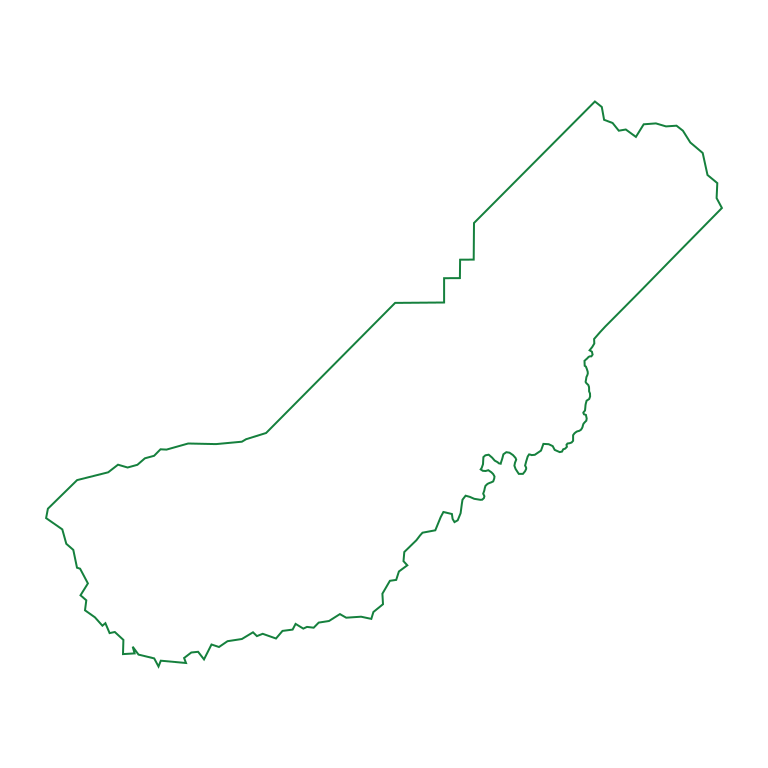 outline of Madera, California, United States of America
{"feature_id": "52423323B41205581888996", "entity_name": "Madera", "entity_type": "district", "adm_level": 2, "iso_a3": "USA", "parent_name": "United States of America", "parent_adm1": "California", "projection": "albers", "projection_center": [-119.643, 37.271], "detail": "fine", "context": "isolated", "style": "outline", "palette": "green", "viewbox_px": 768, "rotation_deg": 0, "n_neighbors": 0, "source": "geoboundaries", "source_scale": "gbopen_adm2", "svg_char_len": 3006}
<svg xmlns="http://www.w3.org/2000/svg" viewBox="0 0 768 768"><path d="M594.9,101.5L474.0,223.0L473.7,259.6L460.1,259.7L459.9,278.1L444.1,278.2L444.1,302.5L395.1,302.9L266.1,433.0L246.1,439.2L241.9,441.7L216.0,444.1L188.2,443.5L166.5,449.6L160.5,449.3L154.1,455.8L144.9,458.3L137.4,464.8L127.6,467.5L118.0,464.7L108.2,472.3L77.1,480.1L47.9,508.7L46.1,518.1L62.3,529.4L66.3,543.8L73.3,549.9L77.0,567.7L80.1,568.7L87.9,583.4L80.5,595.3L86.3,600.3L85.0,610.3L94.9,617.3L102.4,625.7L105.4,623.2L109.6,633.1L114.8,632.0L123.4,639.9L123.0,654.1L134.6,653.4L132.7,646.7L138.5,654.6L154.2,658.4L158.5,666.5L160.8,660.7L186.0,663.0L184.1,658.0L191.3,652.5L198.1,651.8L204.0,659.4L211.5,644.5L219.0,647.0L227.5,641.2L241.9,639.0L253.0,632.3L256.9,636.1L262.7,633.8L276.0,638.5L282.5,630.9L292.6,629.6L295.6,623.9L303.3,628.6L307.0,626.9L313.7,627.7L318.7,622.6L329.0,621.0L339.9,614.1L346.2,617.7L361.1,616.7L371.3,618.9L373.4,612.0L383.0,604.2L382.4,593.7L389.9,580.8L396.2,579.9L398.9,571.5L407.3,565.3L403.5,561.2L404.3,552.0L416.5,540.1L420.0,535.5L422.5,532.7L435.3,530.3L440.7,517.1L443.4,512.0L451.9,514.0L452.6,518.9L454.5,522.1L457.7,520.3L460.6,513.2L461.8,504.2L462.5,499.7L465.6,495.7L469.9,496.9L474.2,498.8L480.3,499.8L482.2,499.7L483.9,498.1L484.4,496.2L483.2,493.7L484.3,490.5L484.8,488.0L485.5,485.8L487.5,483.9L489.4,483.0L491.1,482.4L493.2,481.4L494.2,478.6L494.5,476.5L493.2,474.1L491.4,472.3L488.3,470.2L485.6,471.0L482.8,470.8L480.7,469.4L481.7,467.9L483.0,464.2L483.2,460.5L483.4,457.1L485.4,455.3L488.7,454.7L492.1,457.6L494.7,460.6L497.6,462.2L498.8,463.3L500.7,463.7L501.0,462.5L502.3,458.5L503.4,454.3L506.3,452.2L509.5,452.7L513.0,455.1L515.5,457.9L516.2,459.7L515.0,462.7L514.4,465.7L515.6,469.0L518.8,473.9L522.9,473.9L525.1,471.2L526.2,468.8L526.1,467.5L525.1,465.6L526.2,461.4L527.7,456.5L529.1,454.4L530.6,454.7L531.6,455.1L534.8,454.8L541.0,450.6L543.4,443.9L548.7,444.2L552.7,446.1L554.7,449.9L559.7,452.1L562.0,451.6L563.2,449.3L565.2,448.6L566.9,446.8L566.5,444.8L567.5,443.5L569.6,443.2L571.6,442.5L573.1,440.8L573.1,438.1L573.1,435.2L574.4,433.4L575.7,432.3L577.1,431.4L579.1,430.9L580.8,429.9L581.9,428.4L582.6,426.8L582.9,425.4L583.5,423.7L584.8,422.2L586.3,420.7L586.7,418.5L585.9,414.9L584.0,414.3L583.3,412.8L583.6,412.2L585.0,410.5L585.3,407.7L585.5,405.2L585.8,403.6L586.6,400.7L589.2,399.0L590.1,396.5L590.0,393.5L589.1,391.3L589.1,388.9L589.0,387.0L588.3,385.0L586.3,383.1L585.6,381.9L586.1,379.2L586.4,377.1L587.3,375.2L587.8,373.5L587.7,371.7L586.8,368.9L585.9,366.6L584.7,365.8L584.5,360.8L587.3,358.3L588.6,356.9L590.0,356.3L591.4,356.3L592.6,354.6L591.9,351.7L589.6,350.3L592.3,346.9L594.3,343.5L594.1,339.0L600.1,332.1L605.4,326.4L621.4,310.3L640.7,290.8L667.4,263.5L681.5,249.1L710.2,219.9L721.9,208.0L716.6,198.1L717.3,183.1L707.5,175.0L702.7,153.0L690.3,142.5L682.9,130.7L676.5,125.7L666.0,126.4L655.9,123.4L643.7,124.3L635.9,136.9L625.8,129.5L618.8,130.7L612.6,123.0L604.1,119.8L601.8,107.0L594.9,101.5Z" fill="none" stroke="#15803d" stroke-width="2"/></svg>